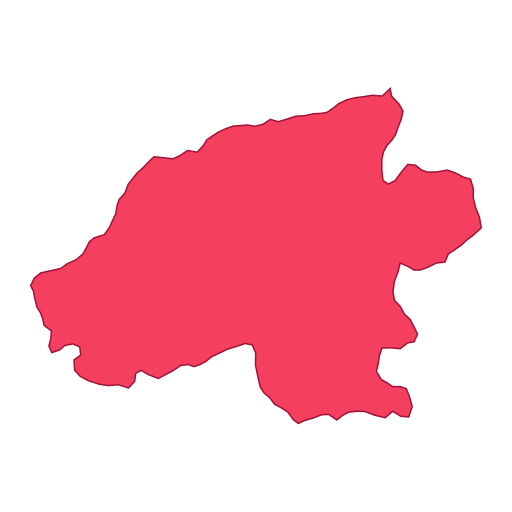 outline of Divisa Nova, Minas Gerais, Brazil
{"feature_id": "56859067B77577682938922", "entity_name": "Divisa Nova", "entity_type": "district", "adm_level": 2, "iso_a3": "BRA", "parent_name": "Brazil", "parent_adm1": "Minas Gerais", "projection": "albers", "projection_center": [-46.241, -21.515], "detail": "fine", "context": "isolated", "style": "filled", "palette": "rose", "viewbox_px": 512, "rotation_deg": 0, "n_neighbors": 0, "source": "geoboundaries", "source_scale": "gbopen_adm2", "svg_char_len": 2338}
<svg xmlns="http://www.w3.org/2000/svg" viewBox="0 0 512 512"><path d="M390.2,88.5L382.3,96.0L372.0,95.3L362.1,96.9L355.3,97.7L346.3,100.0L338.8,103.6L333.2,108.1L327.1,112.3L320.9,113.4L313.7,113.7L304.3,115.8L295.8,116.2L286.0,119.4L278.3,121.7L270.4,119.4L262.9,124.3L254.8,126.3L247.6,125.0L240.4,125.6L233.3,126.1L225.4,128.8L218.7,131.9L213.1,135.5L206.9,139.7L203.1,145.8L197.1,152.2L187.5,150.5L179.6,155.8L172.8,158.8L164.0,157.8L154.1,156.7L148.4,162.1L142.9,167.9L137.3,172.8L132.3,179.1L128.3,184.1L124.9,193.1L119.2,199.4L117.1,205.4L115.9,213.4L112.2,221.2L109.4,227.5L104.2,234.8L94.3,237.8L89.3,241.8L86.2,248.1L82.7,254.1L76.1,259.7L67.1,263.8L60.9,268.4L52.1,270.4L40.7,272.9L34.3,278.1L30.7,285.6L33.5,291.4L34.9,299.1L37.1,307.5L40.5,312.8L42.7,318.8L44.1,325.4L51.4,330.9L50.8,338.6L48.9,346.1L51.8,352.6L59.7,349.9L64.9,345.4L73.0,343.9L79.8,347.0L80.7,355.0L74.0,360.0L74.6,370.2L80.1,376.2L87.9,380.5L99.1,384.2L108.7,385.6L118.2,384.7L128.6,388.0L134.7,381.3L135.7,373.3L141.3,370.4L147.5,374.2L158.3,378.5L166.3,374.2L172.2,371.2L180.7,365.5L188.2,364.5L194.0,366.6L200.2,364.5L205.9,361.4L211.2,357.0L218.7,353.4L227.7,349.1L237.0,346.3L245.1,343.5L252.2,344.9L255.7,352.9L255.5,365.2L257.8,376.4L260.3,387.2L264.0,392.9L269.8,397.8L274.6,404.3L280.8,407.5L287.7,412.0L293.1,419.4L298.3,423.5L304.9,420.4L313.3,418.0L321.5,414.8L328.6,414.4L336.8,420.0L342.9,415.2L348.9,412.1L356.6,411.3L364.5,411.4L374.7,415.2L385.2,417.7L392.7,411.3L400.8,416.3L408.7,417.0L412.2,406.5L409.6,397.0L406.3,388.7L400.2,386.6L392.7,386.6L386.9,382.7L381.3,379.5L376.4,371.5L378.2,363.7L379.4,355.7L382.0,348.1L391.3,347.8L400.2,348.7L407.7,342.9L414.2,341.8L417.5,334.0L413.3,325.3L410.2,319.5L404.4,314.1L400.2,306.4L394.4,300.2L393.0,291.8L394.3,281.7L398.0,271.9L400.2,263.0L407.7,266.3L414.2,270.1L420.4,270.0L428.5,267.0L436.4,263.0L444.9,262.1L448.4,253.9L454.6,249.8L460.7,245.6L466.9,240.0L473.8,234.7L481.3,227.8L479.4,217.0L475.7,207.9L473.2,197.7L473.4,188.9L470.5,179.1L463.3,177.1L455.2,172.8L447.2,170.1L437.4,171.9L427.3,172.1L421.5,170.0L415.5,165.2L407.8,164.4L400.5,173.2L395.1,180.6L388.2,184.1L383.0,180.4L381.8,170.1L381.8,159.2L383.7,151.4L387.2,145.2L391.8,140.2L395.5,134.7L398.0,127.4L401.2,119.4L403.0,111.2L399.0,104.0L391.6,96.2L390.2,88.5Z" fill="#f43f5e" stroke="#9f1239" stroke-width="1.5"/></svg>